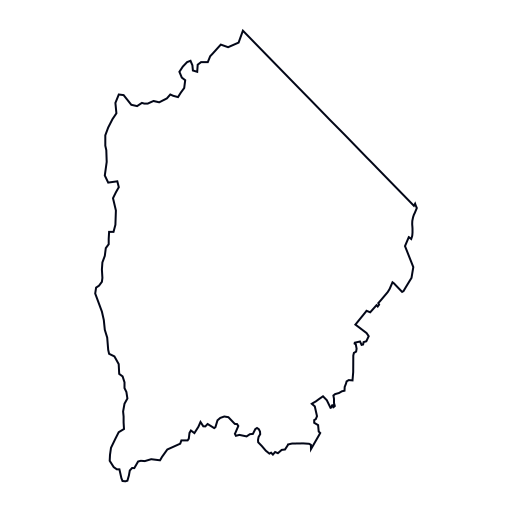 outline of Gwagwalada, Federal Capital Territory, Nigeria
{"feature_id": "59680162B34682847069002", "entity_name": "Gwagwalada", "entity_type": "district", "adm_level": 2, "iso_a3": "NGA", "parent_name": "Nigeria", "parent_adm1": "Federal Capital Territory", "projection": "equal_earth", "projection_center": [7.039, 9.072], "detail": "fine", "context": "isolated", "style": "outline", "palette": "ink", "viewbox_px": 512, "rotation_deg": 0, "n_neighbors": 0, "source": "geoboundaries", "source_scale": "gbopen_adm2", "svg_char_len": 3287}
<svg xmlns="http://www.w3.org/2000/svg" viewBox="0 0 512 512"><path d="M412.5,231.6L412.5,228.6L412.4,226.9L412.2,224.6L412.2,223.4L412.3,220.9L413.1,217.1L413.9,214.7L414.8,212.9L416.5,208.8L416.8,208.0L415.8,205.7L415.1,203.7L414.7,204.4L413.9,205.8L377.5,168.5L370.6,161.4L366.9,157.7L354.5,144.9L344.6,134.7L329.6,119.6L309.9,99.3L298.8,88.0L278.0,66.7L242.9,30.7L238.6,42.6L228.1,47.2L220.8,44.6L212.3,54.0L210.2,56.2L207.8,62.1L201.1,62.1L197.7,64.7L197.2,71.8L192.9,70.5L192.4,65.3L190.5,60.8L187.1,62.1L182.8,66.6L179.4,71.8L181.8,77.6L185.2,80.2L184.2,88.0L180.9,92.5L178.0,97.1L173.2,95.8L170.3,94.5L166.9,98.4L159.2,102.3L153.4,101.0L147.7,103.6L144.3,103.6L141.9,102.9L137.1,106.1L131.3,104.8L123.6,95.1L118.8,94.5L115.4,102.9L116.4,113.3L112.5,119.1L108.2,127.5L105.3,135.3L105.3,145.7L106.3,150.2L106.7,161.9L104.8,175.5L108.2,182.6L117.3,181.3L118.8,187.2L115.9,192.3L113.0,198.2L115.9,210.5L115.4,224.8L113.5,231.9L109.1,231.9L108.7,239.0L108.7,244.2L105.8,248.1L104.8,255.9L102.4,262.4L101.9,269.5L102.4,277.9L101.9,281.8L99.0,285.7L96.1,287.6L95.2,293.5L101.9,311.6L103.8,320.0L104.8,329.8L107.2,337.6L108.2,349.9L109.1,353.8L114.4,356.4L118.7,364.1L119.2,373.9L122.6,376.4L124.5,382.3L124.5,387.5L124.5,388.1L126.4,392.0L127.4,398.5L124.5,403.7L123.1,411.5L123.6,416.6L123.6,422.5L124.0,429.0L118.7,432.2L115.4,438.7L111.0,447.8L110.0,454.8L109.7,460.8L113.7,467.1L116.8,469.3L119.4,469.3L121.4,478.2L122.5,481.0L125.4,481.3L127.4,480.7L128.9,475.5L129.8,470.5L132.1,468.0L134.3,468.1L138.1,461.5L140.8,460.8L144.8,461.1L151.2,459.2L160.0,460.3L160.4,459.7L162.0,456.9L167.3,449.5L180.2,443.7L181.4,440.4L187.6,440.4L188.8,438.7L189.5,432.9L190.9,430.5L194.4,433.1L198.4,426.8L200.5,422.0L203.3,426.3L205.3,426.4L207.6,424.0L214.2,428.1L215.4,427.2L217.5,420.3L220.3,417.9L224.3,416.5L228.4,417.2L234.8,423.9L237.1,424.1L238.3,426.0L235.5,432.6L234.9,433.8L235.9,435.8L239.4,434.9L246.6,436.4L249.9,434.2L252.9,433.9L255.3,429.1L257.0,428.0L258.8,429.2L260.0,431.6L260.2,434.2L258.6,436.9L258.0,440.0L258.2,442.3L261.8,446.0L265.8,450.7L269.4,453.6L271.1,452.7L272.9,454.6L275.1,452.0L277.9,453.2L281.7,449.9L285.0,449.5L287.9,445.0L288.0,444.5L291.3,443.7L292.5,443.5L295.9,443.5L296.0,443.5L303.3,443.4L309.1,443.8L310.9,444.8L311.0,449.1L319.0,435.2L320.2,433.0L318.7,431.5L318.1,425.1L314.2,422.8L314.2,420.1L315.8,419.1L317.0,416.2L314.8,406.4L313.2,405.0L311.8,403.8L312.4,403.4L316.0,401.3L317.2,400.4L318.4,399.5L320.4,398.1L323.0,396.3L326.8,400.2L330.5,407.8L331.6,407.4L332.0,405.4L332.9,405.2L333.7,407.0L334.8,406.0L334.0,403.1L334.0,398.9L333.4,395.5L335.1,394.1L339.0,393.0L341.9,391.3L344.5,390.7L344.7,386.9L346.0,383.6L346.6,381.4L348.7,380.1L352.5,380.4L353.2,372.1L353.3,355.5L353.9,352.9L356.1,351.6L356.6,348.7L355.8,344.4L354.6,343.6L354.8,342.7L360.0,341.5L361.6,344.9L363.1,344.5L363.6,342.1L366.3,341.3L368.7,336.2L366.6,333.1L355.4,324.6L366.2,311.3L366.5,310.8L370.2,312.3L376.5,305.2L377.7,306.5L379.1,304.6L378.3,303.1L380.7,300.4L383.9,296.6L387.7,292.1L389.6,289.0L392.5,282.3L394.0,283.4L395.4,284.9L402.1,291.9L403.5,291.1L405.5,287.7L410.0,280.3L411.5,277.9L413.3,267.1L405.0,246.1L408.8,237.1L409.0,237.2L409.9,238.0L411.2,239.0L412.1,236.3L412.3,235.1L412.5,232.7L412.5,231.6Z" fill="none" stroke="#020617" stroke-width="2"/></svg>